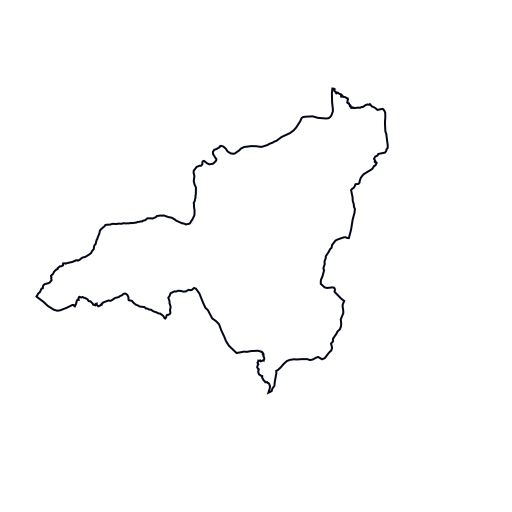 Pakbeng, Oudômxai, Laos, rotated 139°
{"feature_id": "54806243B50081562386900", "entity_name": "Pakbeng", "entity_type": "district", "adm_level": 2, "iso_a3": "LAO", "parent_name": "Laos", "parent_adm1": "Oudômxai", "projection": "equal_earth", "projection_center": [101.13, 19.984], "detail": "fine", "context": "isolated", "style": "outline", "palette": "ink", "viewbox_px": 512, "rotation_deg": 139, "n_neighbors": 0, "source": "geoboundaries", "source_scale": "gbopen_adm2", "svg_char_len": 6101}
<svg xmlns="http://www.w3.org/2000/svg" viewBox="0 0 512 512"><g transform="rotate(139 256 256)"><path d="M448.3,369.4L446.5,360.9L445.9,355.1L443.9,348.2L441.9,345.1L439.5,343.5L432.8,341.1L426.7,339.5L425.8,338.7L426.0,337.4L425.8,336.8L423.1,338.0L420.8,339.7L419.4,340.1L418.6,339.2L417.5,340.7L416.6,341.1L416.0,341.0L415.1,339.3L413.8,338.9L413.3,337.4L412.6,336.6L412.1,335.3L411.6,333.8L411.9,331.7L410.6,330.3L410.6,328.6L410.4,327.3L410.8,326.4L410.7,325.8L410.2,325.5L409.7,324.2L408.9,324.4L408.3,325.0L407.5,324.6L408.3,323.8L408.0,321.5L406.5,320.9L405.5,321.0L404.6,320.4L403.8,321.2L403.5,320.9L401.8,321.2L396.3,319.1L395.5,317.8L394.3,317.3L389.9,316.8L386.7,315.1L384.7,314.9L382.5,314.2L381.1,314.4L379.4,313.6L378.7,311.7L378.8,310.3L379.3,308.6L380.7,306.9L381.0,306.1L379.0,303.4L379.2,301.5L378.7,298.3L377.4,295.7L377.0,294.3L373.7,290.6L373.5,288.6L372.5,287.6L371.8,285.7L370.4,284.2L370.0,282.3L369.3,280.7L368.3,279.2L367.3,276.7L366.1,275.3L365.3,271.8L365.8,269.1L365.6,268.4L364.2,268.6L362.3,269.9L361.8,269.9L360.8,269.1L359.0,268.8L357.9,269.2L356.4,271.6L354.3,273.1L353.4,274.3L352.2,277.2L351.0,278.5L349.5,282.1L347.9,282.4L344.9,283.9L340.7,282.8L339.7,281.6L337.6,280.9L335.6,278.9L334.2,276.8L332.4,275.4L329.1,274.7L328.0,273.3L326.9,272.5L323.7,272.5L322.8,270.7L323.3,264.9L326.7,255.2L328.2,249.9L327.8,246.9L330.0,237.6L328.9,233.0L328.7,228.7L331.1,222.3L332.9,215.9L334.4,211.7L335.3,206.2L334.7,199.2L334.3,195.5L327.8,191.7L325.7,189.6L322.1,187.5L316.8,183.3L314.7,180.3L314.9,180.2L314.5,179.5L314.4,178.9L314.5,177.7L315.3,177.6L315.4,176.9L315.2,176.3L316.3,175.3L316.4,174.2L317.3,172.9L317.9,172.5L318.5,172.6L318.9,172.0L320.0,172.9L321.5,173.4L321.4,174.5L322.3,174.7L322.9,175.5L323.5,174.9L324.9,174.5L325.3,172.7L326.1,172.6L328.1,171.3L328.3,170.5L328.2,168.9L328.7,168.9L329.1,168.0L330.0,167.5L330.6,166.7L331.4,164.6L330.7,162.7L330.7,161.9L330.1,161.3L331.1,160.2L331.4,159.4L331.4,158.6L331.8,157.4L331.6,155.8L331.8,154.6L330.4,153.6L330.5,152.6L330.0,151.9L330.0,150.7L330.9,148.6L332.2,147.2L336.3,144.7L332.9,143.8L330.3,145.3L327.3,145.9L324.5,148.6L317.4,154.3L316.2,156.0L314.2,155.6L310.7,155.7L306.4,156.3L301.8,156.5L298.6,155.4L295.3,153.3L292.6,150.7L290.3,149.1L285.1,144.7L283.4,141.9L280.7,140.5L277.4,139.9L275.3,139.0L273.9,134.7L271.1,133.8L264.1,135.2L261.2,135.3L258.8,136.8L256.8,140.7L254.1,141.0L252.0,143.1L246.2,144.6L244.1,145.5L240.8,145.7L238.2,147.0L236.0,149.1L233.7,152.5L227.6,155.6L226.1,157.4L223.8,161.0L222.4,162.5L218.9,164.2L219.7,167.8L220.2,177.5L218.8,178.5L217.9,179.9L218.0,181.0L218.8,182.1L223.4,185.3L224.8,187.3L225.4,192.5L222.8,195.3L219.1,197.1L213.9,200.6L213.8,201.4L213.0,202.7L209.6,204.7L207.9,206.9L204.8,208.6L203.6,210.0L198.5,211.4L195.5,212.6L193.6,212.6L191.3,214.4L185.9,215.5L183.5,214.9L177.8,212.6L176.2,211.6L175.3,209.7L174.2,208.6L167.1,213.4L159.1,220.1L153.3,224.0L150.5,226.6L149.8,228.8L148.2,231.0L146.9,234.0L144.5,237.1L141.0,243.4L139.2,243.6L137.7,243.3L135.9,243.8L133.8,244.9L131.7,243.4L131.1,243.2L129.5,243.6L128.7,244.5L126.3,245.9L124.3,246.6L121.1,247.1L111.7,245.5L110.0,245.7L107.8,246.5L106.9,246.1L105.9,246.2L103.8,247.2L103.8,247.9L104.6,248.6L104.6,249.2L103.5,249.8L103.2,251.9L100.7,252.8L98.2,252.1L96.8,252.8L90.8,249.4L88.7,249.9L87.7,250.8L85.8,251.2L84.2,252.8L77.7,262.5L76.6,265.2L71.4,271.8L67.0,276.3L64.6,279.2L64.0,280.7L63.7,282.7L63.9,284.0L68.5,286.6L68.9,289.4L69.5,291.2L70.4,292.8L70.4,295.9L71.4,295.9L72.4,297.2L74.3,298.0L77.6,298.4L78.6,299.2L80.3,299.6L81.2,300.7L85.1,303.4L85.1,304.1L85.7,304.9L86.2,304.6L87.0,305.3L86.2,306.8L86.8,307.4L86.0,308.1L86.3,309.3L85.7,310.1L86.4,311.2L86.5,311.9L85.7,312.3L85.2,313.1L84.0,313.7L83.4,314.8L84.0,315.6L84.4,317.3L85.7,318.8L85.7,319.9L87.1,320.3L86.8,321.1L85.8,321.4L85.6,321.8L87.0,324.4L87.1,325.7L88.7,326.0L88.6,326.9L88.1,327.5L88.5,328.5L88.5,329.2L87.9,330.0L87.8,330.7L87.3,330.6L87.5,331.3L88.5,332.3L91.9,329.1L98.1,321.6L101.6,316.4L103.3,314.6L107.1,312.5L109.5,312.2L111.0,312.5L112.9,313.8L118.6,319.6L121.7,324.3L127.2,328.6L129.4,330.0L131.0,330.2L134.2,328.7L141.4,326.6L145.1,326.1L149.9,326.5L158.4,329.0L165.0,329.5L167.3,330.4L168.9,330.6L172.1,331.8L174.4,332.2L179.2,334.2L180.6,335.0L183.8,338.7L187.4,342.0L193.4,346.0L197.1,347.0L199.2,346.7L204.8,347.3L206.0,348.0L207.6,349.8L208.6,352.5L208.8,354.0L208.4,356.8L208.8,359.9L210.1,362.1L210.9,362.4L211.4,362.5L212.1,362.0L215.9,362.7L217.8,363.6L220.3,362.8L221.5,361.1L222.3,356.7L222.2,355.6L222.5,355.0L223.4,354.2L226.3,353.8L228.1,353.9L231.1,355.8L232.2,358.3L232.7,361.5L233.2,362.2L233.6,362.3L234.6,362.2L236.3,360.5L237.9,360.1L238.5,360.3L239.3,361.1L242.4,362.2L247.1,361.2L248.6,359.6L250.0,356.8L253.9,353.3L255.5,350.2L256.2,347.5L256.9,346.5L261.1,341.9L262.4,341.0L263.3,339.7L264.8,338.9L265.8,337.9L268.3,336.8L269.3,335.1L270.5,333.9L272.4,330.8L275.5,327.4L276.5,326.8L280.6,325.1L281.6,325.0L283.9,324.1L285.1,324.1L288.2,325.8L289.2,327.9L289.8,328.7L290.2,328.9L293.1,335.2L293.4,337.3L293.8,337.8L293.9,338.7L294.6,340.4L296.5,342.7L299.1,347.2L300.4,348.0L301.4,349.1L304.4,351.1L306.0,351.0L309.6,352.2L310.5,353.3L313.3,355.7L316.1,355.7L318.2,356.8L319.1,356.7L320.2,357.7L322.0,358.5L323.0,359.4L324.1,359.6L328.0,362.1L328.8,363.2L330.1,363.7L333.4,366.5L334.3,367.6L336.3,368.5L338.6,370.7L340.1,371.5L343.3,374.5L345.3,375.3L348.4,377.7L349.6,378.2L350.6,377.8L354.6,377.9L357.1,377.6L359.7,375.6L363.4,373.8L364.7,372.9L365.7,372.7L369.3,370.2L370.8,370.1L372.0,369.4L374.0,367.6L376.8,367.2L378.5,366.4L380.5,366.5L385.4,367.3L388.1,368.7L391.9,368.9L393.4,369.3L393.6,369.9L394.7,370.9L395.3,370.8L396.4,371.4L398.1,371.8L404.1,375.0L404.6,375.0L405.1,375.9L406.2,376.9L407.1,376.6L407.5,375.7L408.1,375.5L409.9,376.1L410.8,376.9L413.9,376.9L414.3,376.3L416.3,376.8L418.7,376.6L421.2,375.6L423.6,375.6L424.3,374.8L424.4,374.0L425.4,373.3L426.0,372.0L426.6,371.6L427.5,371.7L428.9,371.3L430.6,371.7L434.0,373.4L435.4,373.4L436.7,372.9L438.1,371.5L439.3,372.1L442.8,370.5L444.7,370.6L448.3,369.4Z" fill="none" stroke="#020617" stroke-width="2"/></g></svg>